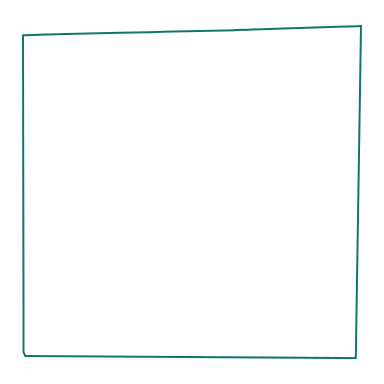 Scotland, Missouri, United States of America
{"feature_id": "52423323B89706896285747", "entity_name": "Scotland", "entity_type": "district", "adm_level": 2, "iso_a3": "USA", "parent_name": "United States of America", "parent_adm1": "Missouri", "projection": "equal_earth", "projection_center": [-92.17, 40.453], "detail": "fine", "context": "isolated", "style": "outline", "palette": "teal", "viewbox_px": 384, "rotation_deg": 0, "n_neighbors": 0, "source": "geoboundaries", "source_scale": "gbopen_adm2", "svg_char_len": 408}
<svg xmlns="http://www.w3.org/2000/svg" viewBox="0 0 384 384"><path d="M23.0,35.3L23.5,308.3L23.5,352.0L25.3,356.0L355.8,358.1L361.0,25.9L357.2,26.3L337.9,26.7L314.9,27.5L289.2,28.3L257.5,29.4L256.2,29.3L245.6,29.9L244.9,29.8L236.8,30.0L233.9,30.3L164.8,31.7L151.2,32.2L146.7,32.3L133.5,32.5L117.8,32.8L66.2,34.0L39.3,34.7L39.1,34.8L23.1,35.3L23.0,35.3Z" fill="none" stroke="#0f766e" stroke-width="2"/></svg>